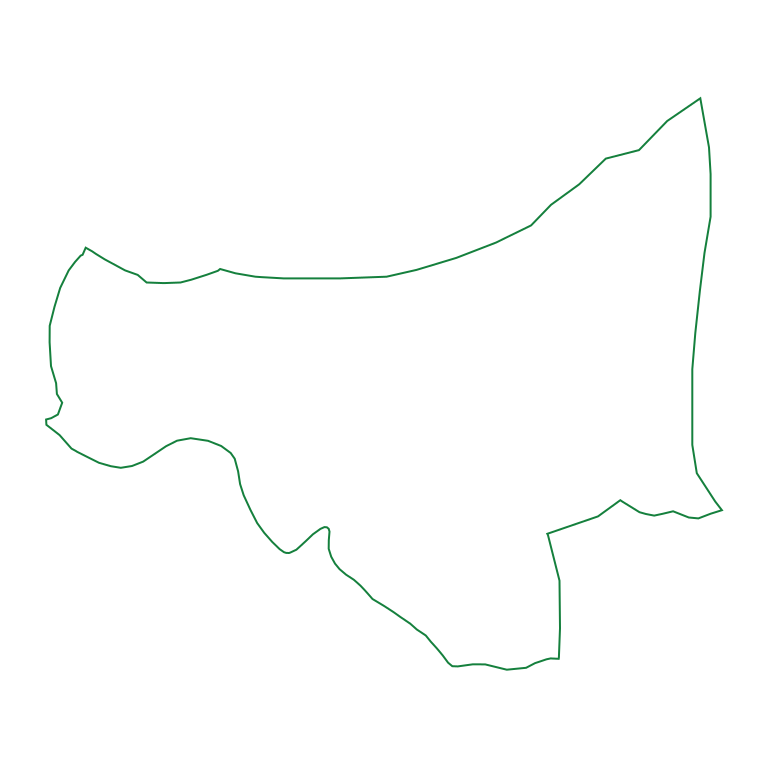 the district of Monchy/Moulin A Vent, Gros Islet, Saint Lucia
{"feature_id": "8701671B65471913227261", "entity_name": "Monchy/Moulin A Vent", "entity_type": "district", "adm_level": 2, "iso_a3": "LCA", "parent_name": "Saint Lucia", "parent_adm1": "Gros Islet", "projection": "mercator", "projection_center": [-60.951, 14.063], "detail": "fine", "context": "isolated", "style": "outline", "palette": "green", "viewbox_px": 768, "rotation_deg": 0, "n_neighbors": 0, "source": "geoboundaries", "source_scale": "gbopen_adm2", "svg_char_len": 1875}
<svg xmlns="http://www.w3.org/2000/svg" viewBox="0 0 768 768"><path d="M85.7,247.7L82.6,254.8L80.7,255.6L75.0,262.0L68.7,270.4L60.2,287.9L54.5,306.8L49.7,325.8L49.6,342.3L51.0,366.1L56.1,383.2L56.9,394.0L62.2,402.7L57.9,414.5L51.1,418.2L46.1,419.5L46.4,424.8L59.6,435.1L71.5,448.6L75.7,450.9L77.1,451.8L86.0,456.3L97.4,462.0L99.0,462.8L110.8,466.2L120.8,467.8L132.0,466.0L143.2,461.6L157.2,452.2L166.1,446.2L177.0,440.7L190.7,438.2L208.0,440.8L221.2,446.0L230.7,453.0L234.7,458.7L238.1,471.3L240.1,484.1L243.7,495.3L250.5,510.0L257.2,523.1L264.2,532.8L272.3,542.0L279.6,549.1L284.0,552.2L286.2,552.9L289.0,553.0L290.2,552.6L296.4,549.7L305.8,541.1L312.9,534.3L320.4,528.9L324.4,527.1L326.9,527.3L328.7,528.8L329.5,531.6L328.8,540.2L328.7,548.8L331.2,556.7L335.0,563.6L339.6,569.2L346.1,574.7L353.9,579.8L360.5,585.7L364.2,589.6L367.7,593.5L372.5,599.0L384.3,606.1L393.8,612.3L400.1,616.8L410.4,623.8L416.8,629.5L425.8,635.5L430.8,641.7L436.7,648.2L442.7,655.4L448.1,662.7L452.3,666.2L457.8,666.4L473.0,664.3L485.2,664.4L506.8,669.7L526.1,667.8L535.1,663.1L538.5,662.0L546.5,659.3L550.8,658.4L551.9,658.5L558.7,658.8L558.9,657.4L560.0,628.3L559.5,580.7L548.0,535.2L547.3,533.8L598.0,516.4L620.3,500.2L622.5,501.7L639.5,512.2L645.9,514.0L654.2,515.6L662.6,513.8L673.1,511.3L688.8,517.5L698.4,518.4L710.7,513.7L721.9,510.2L715.2,501.5L696.8,473.2L692.3,444.9L692.3,406.1L692.3,369.3L695.3,333.1L699.9,290.6L704.5,252.9L710.6,216.7L710.6,174.2L709.0,147.4L700.3,98.3L667.2,121.0L639.0,150.1L605.8,158.6L579.2,184.3L551.0,204.8L531.1,225.4L505.1,238.1L496.2,242.5L456.3,257.9L416.5,269.9L386.6,276.7L340.1,278.4L316.9,278.4L283.7,278.4L261.0,277.1L255.4,276.7L235.5,273.3L220.1,269.0L217.9,270.8L206.6,274.8L191.3,279.7L180.5,282.5L163.8,283.1L146.6,282.5L137.7,274.9L125.1,270.4L104.8,259.4L95.9,253.9L92.1,251.3L85.7,247.7Z" fill="none" stroke="#15803d" stroke-width="2"/></svg>